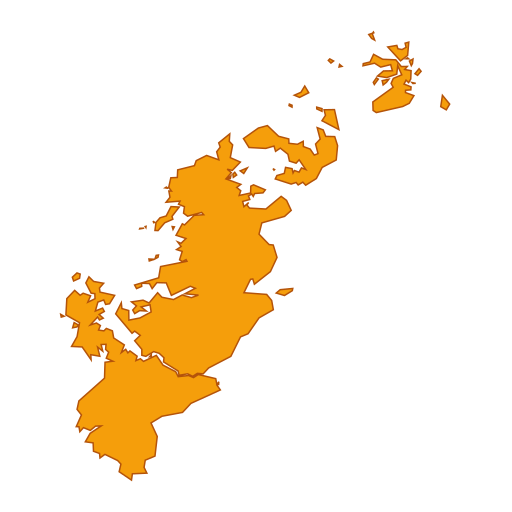 outline of Nggela, Central, Solomon Islands, rotated 89°
{"feature_id": "97153195B87016285227025", "entity_name": "Nggela", "entity_type": "district", "adm_level": 2, "iso_a3": "SLB", "parent_name": "Solomon Islands", "parent_adm1": "Central", "projection": "robinson", "projection_center": [160.166, -9.023], "detail": "fine", "context": "isolated", "style": "filled", "palette": "amber", "viewbox_px": 512, "rotation_deg": 89, "n_neighbors": 0, "source": "geoboundaries", "source_scale": "gbopen_adm2", "svg_char_len": 6086}
<svg xmlns="http://www.w3.org/2000/svg" viewBox="0 0 512 512"><g transform="rotate(89 256 256)"><path d="M375.2,321.4L372.3,316.7L372.9,310.9L367.1,305.3L355.9,282.9L336.6,272.9L333.6,265.3L317.9,254.0L310.0,239.6L300.8,241.1L294.6,246.0L292.5,268.7L279.2,261.9L278.9,259.6L284.2,258.1L271.9,241.9L257.8,235.0L245.3,238.6L244.8,242.7L234.2,252.6L223.0,249.6L216.9,226.7L211.0,220.0L200.9,224.5L196.8,229.8L209.2,245.3L208.0,261.7L204.8,264.2L202.4,262.4L206.5,267.2L201.2,268.4L199.4,261.2L195.8,262.5L194.0,259.2L196.4,257.7L193.5,256.3L193.0,247.9L190.0,245.5L184.8,257.2L186.1,260.0L192.9,260.3L195.2,271.8L190.5,270.1L187.1,274.1L184.1,269.9L178.4,284.8L172.2,279.2L168.7,283.3L170.0,278.2L161.8,270.0L157.2,280.0L144.5,277.4L140.9,280.7L133.4,280.1L142.2,291.3L146.5,289.9L151.1,293.5L159.2,291.5L154.6,303.6L159.6,314.1L164.6,316.0L168.5,332.8L176.1,333.3L176.3,339.8L185.9,342.1L189.6,339.4L189.5,342.0L195.8,341.0L200.7,345.0L199.8,331.0L202.9,332.6L205.4,326.7L211.9,327.7L215.0,323.7L211.5,309.6L213.8,307.6L214.3,317.1L223.7,326.9L222.5,329.1L233.9,335.6L237.3,325.7L242.0,330.7L240.5,334.1L245.2,330.7L248.2,335.3L250.1,329.7L258.5,332.5L260.3,329.7L258.4,326.0L260.1,325.1L264.9,351.6L276.1,353.7L282.9,377.9L286.5,376.0L284.4,370.8L281.2,370.9L281.7,363.0L286.8,360.4L280.9,355.6L281.3,346.2L293.9,341.3L285.1,322.2L287.2,317.2L292.5,327.7L294.1,314.2L296.5,321.3L293.7,330.5L298.1,339.2L295.6,350.8L291.0,355.0L301.1,363.7L298.2,369.7L299.7,381.3L303.8,376.4L307.9,380.2L311.5,378.3L308.6,373.3L309.1,366.6L304.9,371.8L302.9,362.8L310.1,361.8L315.9,373.1L317.9,384.2L308.3,384.2L306.2,391.0L300.4,391.5L311.4,397.3L331.1,381.3L329.0,378.6L333.3,373.1L338.6,378.8L347.3,371.8L353.3,371.9L354.4,367.9L349.8,360.0L351.6,354.5L356.1,349.8L360.3,350.3L369.6,335.9L373.9,335.0L372.6,326.4L375.2,321.4ZM477.9,384.4L471.6,383.4L471.2,368.9L465.4,371.6L458.2,370.3L454.3,360.5L434.7,357.9L421.1,363.9L414.6,352.9L411.1,332.2L402.2,323.6L389.3,294.0L384.6,297.2L377.9,298.4L373.5,315.8L376.5,320.6L374.3,325.5L375.3,335.9L370.3,338.3L363.5,350.9L353.6,357.4L359.4,370.3L356.7,373.4L358.5,377.9L354.1,376.6L348.7,383.7L350.6,385.8L347.0,387.9L350.2,392.3L342.6,389.2L335.5,399.7L328.3,400.9L325.8,406.9L328.2,409.4L327.3,414.7L322.8,412.8L320.2,416.7L322.1,422.9L314.3,415.5L317.2,413.6L315.5,409.8L311.7,413.9L308.8,408.6L305.4,410.3L308.2,417.6L299.3,414.9L297.3,409.0L301.8,407.2L301.2,403.3L292.9,398.0L289.4,412.6L285.3,413.1L280.6,408.8L278.6,418.8L273.9,423.4L280.0,426.6L290.3,421.5L290.8,417.8L295.9,417.7L299.3,425.0L292.9,422.1L290.2,429.5L292.2,432.5L287.2,437.9L295.3,445.9L311.6,447.1L319.6,433.6L333.5,436.3L343.2,442.0L343.9,431.4L356.9,422.7L351.8,422.9L353.5,413.9L344.3,416.0L348.5,410.9L341.8,412.4L341.7,407.5L346.8,408.0L349.6,405.0L355.6,407.5L358.7,400.9L359.6,408.8L375.5,409.6L397.8,435.6L406.2,437.6L411.9,433.3L423.5,438.7L423.6,436.0L428.6,435.2L424.6,431.5L427.5,424.7L423.3,419.4L423.2,413.7L430.4,424.9L438.8,429.9L440.0,422.1L448.4,421.9L450.7,415.9L455.2,415.5L451.7,410.5L458.1,397.9L461.7,394.7L469.3,396.6L477.9,384.4ZM186.1,205.1L179.6,194.3L168.6,188.3L161.4,174.1L147.1,172.5L138.0,175.2L137.6,184.2L131.1,186.6L128.7,192.6L140.2,189.8L145.1,194.5L154.7,192.2L156.1,196.0L150.0,200.0L147.4,206.7L142.1,206.8L145.0,212.6L143.9,221.1L139.5,221.2L136.7,231.3L125.8,242.3L128.1,251.4L138.4,266.5L147.4,261.1L148.6,244.4L146.4,236.1L151.7,234.6L148.6,229.8L154.8,222.3L161.7,220.9L163.9,214.3L160.6,211.2L170.4,204.7L168.7,209.0L172.9,211.5L171.2,216.1L173.6,217.5L169.3,218.4L167.9,224.9L173.9,226.3L175.9,233.7L179.3,235.4L184.7,219.6L183.2,214.6L185.7,212.6L183.0,207.9L186.1,205.1ZM114.7,133.2L109.1,106.7L106.0,100.1L98.4,95.3L95.2,103.7L92.9,103.6L92.6,98.3L89.6,98.0L86.7,105.0L82.8,102.9L85.3,100.4L81.8,98.2L73.4,97.7L72.1,104.1L69.1,101.4L69.1,107.4L62.3,112.8L61.5,125.9L56.4,134.9L64.0,138.6L65.5,145.4L67.7,145.7L65.3,134.1L69.3,128.0L67.0,118.0L73.2,116.4L73.2,125.3L78.2,131.4L79.9,122.2L76.6,112.1L68.1,111.0L77.4,107.1L80.8,115.6L85.8,117.9L89.7,115.9L104.0,136.5L112.5,136.4L114.7,133.2ZM131.1,170.9L111.0,175.0L111.0,185.4L116.6,184.1L121.9,187.7L131.1,170.9ZM63.4,108.1L58.1,100.9L44.8,99.5L45.8,103.2L50.0,102.3L52.1,106.3L51.3,110.5L47.9,111.5L49.3,120.6L63.4,108.1ZM228.9,353.5L221.2,346.7L217.8,338.5L214.9,339.3L205.7,331.9L205.1,340.1L214.4,345.1L216.1,351.3L220.7,355.4L228.7,356.6L228.9,353.5ZM98.2,209.7L93.7,200.4L86.9,204.3L93.1,208.2L95.9,214.9L98.2,209.7ZM113.2,63.2L107.5,59.7L98.6,66.8L109.9,68.7L113.2,63.2ZM296.0,228.2L291.3,220.3L289.1,219.8L290.1,232.4L293.4,236.4L296.0,228.2ZM277.8,438.8L275.2,432.8L271.0,432.1L269.8,435.3L274.0,440.0L277.8,438.8ZM87.2,125.9L84.6,122.5L81.6,120.1L82.9,126.8L87.2,125.9ZM112.5,187.5L109.8,187.4L108.2,192.7L110.0,192.7L112.5,187.5ZM42.2,133.6L35.4,136.0L36.5,139.4L40.5,136.6L42.2,133.6ZM324.6,440.6L323.8,436.2L321.9,434.8L319.4,439.0L324.6,440.6ZM64.4,177.7L62.4,175.0L60.2,178.8L61.7,180.3L64.4,177.7ZM78.2,91.3L74.2,87.7L71.6,89.7L76.5,93.9L78.2,91.3ZM170.6,270.3L173.3,266.8L167.7,263.1L170.6,270.3ZM177.0,277.3L174.7,273.9L171.9,275.8L173.7,277.7L177.0,277.3ZM68.4,97.4L66.3,96.2L61.8,95.6L63.8,99.2L68.4,97.4ZM259.1,362.8L257.5,357.6L257.1,363.1L259.1,362.8ZM86.6,134.7L81.3,130.6L80.0,132.5L84.4,135.7L86.6,134.7ZM68.5,169.7L67.9,166.7L65.9,169.1L68.5,169.7ZM313.7,451.8L312.9,448.9L310.9,452.3L313.7,451.8ZM226.9,371.9L226.2,367.3L226.3,371.7L226.9,371.9ZM257.2,357.1L255.6,354.0L253.3,353.5L253.6,355.8L257.2,357.1ZM107.8,217.4L105.9,217.3L104.7,220.0L106.2,220.4L107.8,217.4ZM178.1,282.9L178.0,280.3L175.4,279.7L178.1,282.9ZM225.1,339.3L228.0,338.5L225.4,337.1L225.1,339.3ZM186.3,345.7L186.8,342.6L185.5,344.4L186.3,345.7ZM219.4,358.4L221.0,357.5L220.5,356.8L219.4,358.4ZM86.3,96.1L86.1,93.3L85.3,97.0L86.3,96.1ZM383.7,297.1L383.8,295.6L381.1,295.4L383.7,297.1ZM354.7,364.0L354.4,362.4L352.9,362.4L354.7,364.0ZM61.4,102.4L61.5,99.9L60.5,101.0L61.4,102.4ZM224.6,366.3L225.7,365.6L224.4,365.4L224.6,366.3ZM169.0,237.5L170.5,236.5L169.9,235.9L169.0,237.5ZM35.6,135.8L34.9,134.3L34.1,134.7L35.6,135.8Z" fill="#f59e0b" stroke="#b45309" stroke-width="1.5"/></g></svg>